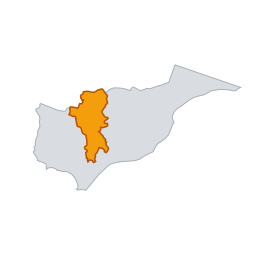 Meknès - Tafilalet on a map of Morocco (Robinson projection), rotated 199°
{"feature_id": "MAR-1452", "entity_name": "Meknès - Tafilalet", "entity_type": "Region", "adm_level": 1, "iso_a3": "MAR", "parent_name": "Morocco", "parent_adm1": "", "projection": "robinson", "projection_center": [-5.04, 32.255], "detail": "fine", "context": "in_parent", "style": "filled", "palette": "amber", "viewbox_px": 256, "rotation_deg": 199, "n_neighbors": 0, "source": "natural_earth", "source_scale": "10m", "svg_char_len": 5367}
<svg xmlns="http://www.w3.org/2000/svg" viewBox="0 0 256 256"><g transform="rotate(199 128 128)"><path d="M36.6,201.1L38.1,198.5L40.5,197.4L45.6,196.8L53.1,194.6L59.8,191.3L61.8,190.0L63.8,187.4L67.2,184.0L73.6,179.9L76.5,177.6L81.0,171.9L84.0,167.2L86.4,164.1L88.2,161.4L89.4,158.7L90.1,154.2L89.7,152.5L87.9,149.7L86.6,148.9L86.3,147.6L87.0,145.2L87.1,141.2L87.5,134.8L89.7,129.6L94.8,122.7L95.7,119.9L96.4,115.5L96.4,113.9L102.8,107.6L106.5,102.7L107.8,101.6L111.0,99.3L122.3,94.5L128.6,91.1L132.4,88.5L134.6,85.6L140.7,73.9L146.8,57.5L147.3,55.6L150.0,55.0L151.8,54.8L153.4,54.2L155.2,53.0L157.0,53.5L156.1,54.3L156.1,56.3L157.4,58.7L159.6,61.3L163.7,64.7L166.8,66.1L171.4,66.9L176.6,65.4L179.5,65.4L181.0,64.7L182.5,65.7L185.5,66.0L188.3,65.5L190.5,64.1L191.8,62.4L192.1,63.2L192.1,64.1L192.6,64.6L193.4,66.7L193.9,67.5L195.5,67.4L197.0,67.8L200.2,67.6L203.3,67.9L203.7,69.3L204.6,70.3L207.8,72.8L209.7,74.3L209.8,74.8L209.2,76.1L208.9,76.9L209.5,77.9L210.6,79.0L210.7,79.5L210.5,80.1L209.9,81.3L211.2,84.8L211.4,88.2L211.1,90.6L211.2,91.9L211.3,93.1L212.5,95.8L211.8,100.4L212.6,102.8L213.8,104.8L214.4,108.4L215.4,110.1L216.9,111.5L217.7,112.0L219.4,113.3L220.6,114.3L221.3,115.8L219.8,117.1L218.7,118.2L218.3,119.4L218.9,121.3L218.9,122.4L218.2,122.7L215.1,122.6L212.7,122.5L209.9,122.4L206.0,122.2L203.6,122.1L200.2,121.9L199.1,122.0L196.0,122.6L193.9,123.0L193.5,123.1L192.9,123.5L192.4,125.0L192.0,126.6L191.6,127.3L185.1,129.7L182.6,130.0L181.1,129.8L180.1,129.9L179.2,130.4L178.9,131.2L178.9,132.2L179.0,133.2L179.7,134.5L179.8,135.9L179.4,136.9L179.3,137.8L179.1,138.9L179.5,139.4L180.1,139.5L180.7,140.0L181.6,140.5L182.3,141.3L182.3,142.5L181.7,143.1L181.2,143.5L178.7,143.8L176.8,144.0L174.3,145.9L171.6,147.9L168.5,149.3L167.1,149.7L164.6,150.6L161.7,152.2L160.3,154.7L158.5,157.6L156.7,159.6L154.3,161.4L152.1,162.1L149.3,163.0L145.8,163.7L143.3,163.9L142.5,164.1L140.3,164.1L139.2,164.0L138.4,163.9L138.1,164.1L138.0,164.6L137.9,165.6L137.8,166.8L137.1,167.8L136.6,168.3L136.0,168.5L134.2,168.2L132.6,167.9L128.9,167.4L128.2,167.5L127.9,167.7L126.8,168.4L125.0,169.8L123.8,171.1L122.9,171.7L120.7,172.0L119.8,172.5L115.8,175.6L114.9,176.4L110.8,179.2L109.6,180.1L108.7,181.0L106.2,183.0L104.7,183.9L104.4,184.4L104.3,185.7L104.3,188.4L104.2,191.1L104.2,194.9L104.2,198.8L104.1,203.0L34.7,203.0L36.6,201.1Z" fill="#d9dde1" stroke="#a8b0b8" stroke-width="1"/><path d="M189.4,129.2L188.5,129.4L184.0,130.3L183.5,130.3L182.8,130.2L181.8,130.7L181.6,135.4L180.4,135.5L179.6,136.1L179.4,136.3L179.3,136.7L179.4,138.1L179.4,138.5L179.1,139.0L179.0,139.4L179.0,139.7L179.2,139.9L179.5,139.9L180.2,139.3L180.4,139.2L180.7,139.3L180.9,139.5L181.3,140.2L181.6,140.5L182.2,140.7L182.3,140.9L182.5,141.2L182.6,141.6L182.6,141.9L183.4,143.3L182.6,144.7L181.8,145.4L181.9,146.6L182.0,147.7L179.2,149.2L176.6,149.9L174.2,150.0L172.4,150.5L170.9,151.4L169.2,153.7L167.0,155.5L164.8,156.5L162.4,154.8L160.8,153.7L159.5,152.7L158.7,152.4L157.9,151.6L157.7,150.5L158.0,149.7L158.1,148.8L157.5,148.1L156.9,147.3L156.7,146.6L156.2,146.0L155.7,145.7L155.7,144.8L155.7,144.2L156.1,143.8L156.6,142.5L156.5,141.6L156.6,140.5L157.7,137.0L158.0,135.0L157.4,133.9L155.0,132.2L154.3,131.4L153.4,131.1L152.6,130.9L151.4,131.2L150.6,131.1L150.0,130.9L150.3,129.7L151.7,127.9L152.5,126.6L152.2,125.4L151.2,124.9L148.9,125.6L148.6,124.6L148.1,124.1L148.2,123.3L148.7,122.5L149.8,121.7L151.5,120.4L152.1,120.1L152.7,119.9L154.0,119.9L154.1,119.5L153.6,118.5L153.5,117.9L153.2,117.2L153.5,116.3L153.9,115.8L154.5,115.3L154.6,115.1L153.3,114.7L151.3,113.4L149.4,112.6L147.5,110.8L145.3,109.9L145.3,109.1L145.4,108.7L145.1,108.0L144.7,107.8L143.9,107.8L143.6,107.5L143.7,106.8L143.8,106.5L144.0,105.9L142.9,104.7L141.1,103.4L140.5,103.1L139.9,102.6L139.6,101.8L140.0,101.3L139.9,100.4L139.8,100.1L139.9,99.6L139.9,99.2L140.4,98.3L140.6,97.6L141.0,97.5L141.4,97.6L142.4,97.9L142.8,98.2L142.8,98.6L142.8,98.9L142.8,99.2L143.0,99.5L143.7,99.8L144.1,99.8L144.5,99.9L144.8,100.2L145.6,100.4L146.0,100.4L146.3,100.2L146.8,100.1L148.5,100.2L148.9,100.0L149.2,99.8L149.1,99.5L149.0,99.2L148.9,98.9L149.0,98.4L149.0,98.0L149.1,97.5L149.0,97.0L149.2,96.5L149.3,95.9L149.2,95.3L149.2,94.9L149.6,93.9L150.0,93.1L150.2,91.8L150.1,91.4L149.8,91.1L149.7,90.7L149.4,90.4L149.3,90.1L149.7,88.8L149.5,88.3L149.2,87.9L148.9,87.4L148.9,87.1L148.5,86.4L148.3,86.2L147.8,85.9L148.1,85.3L148.6,84.9L148.8,84.5L149.1,84.3L149.3,84.1L150.0,84.5L150.2,84.8L150.5,85.0L150.6,85.4L150.9,85.6L151.4,85.6L152.0,85.6L152.6,85.6L154.1,85.0L154.4,84.7L154.4,84.4L154.3,84.1L154.8,82.9L155.5,83.8L155.9,84.4L156.1,85.0L156.2,85.7L156.2,86.1L156.5,86.3L156.9,86.3L157.1,86.1L157.5,86.0L157.7,86.4L158.3,88.0L159.6,90.2L159.9,91.0L159.7,91.4L158.9,92.5L159.0,93.1L159.4,93.6L161.6,94.0L162.3,94.5L162.7,95.4L162.8,96.3L161.5,97.8L161.3,98.6L163.3,103.8L164.6,105.7L164.8,106.4L165.0,107.0L165.5,107.5L166.7,107.8L168.0,107.9L169.0,108.2L170.4,109.7L171.9,111.9L172.2,112.5L172.9,112.9L173.6,113.2L174.9,113.1L175.4,113.1L176.5,113.1L177.4,114.5L177.9,115.4L178.9,116.9L179.5,118.2L179.7,119.1L180.4,119.5L180.6,120.3L181.2,120.9L181.3,121.5L181.8,121.7L182.6,121.6L183.3,121.2L183.7,121.0L184.3,120.9L185.1,121.1L185.6,121.4L186.3,121.5L187.0,121.4L187.7,121.3L188.3,121.5L188.0,122.4L188.0,123.9L188.2,125.1L188.9,126.8L189.5,127.2L189.4,128.2L189.4,129.2Z" fill="#f59e0b" stroke="#b45309" stroke-width="1.5"/></g></svg>